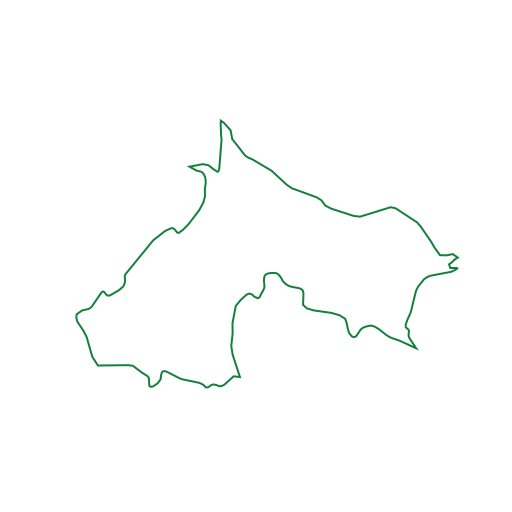 Koprivničko-Križevačka, Albers equal-area conic projection, rotated 341°
{"feature_id": "HRV-1608", "entity_name": "Koprivničko-Križevačka", "entity_type": "County", "adm_level": 1, "iso_a3": "HRV", "parent_name": "Croatia", "parent_adm1": "", "projection": "albers", "projection_center": [16.81, 46.118], "detail": "fine", "context": "isolated", "style": "outline", "palette": "green", "viewbox_px": 512, "rotation_deg": 341, "n_neighbors": 0, "source": "natural_earth", "source_scale": "10m", "svg_char_len": 2647}
<svg xmlns="http://www.w3.org/2000/svg" viewBox="0 0 512 512"><g transform="rotate(341 256 256)"><path d="M274.6,146.3L278.4,157.5L281.1,160.9L283.9,163.3L298.5,180.5L308.2,198.5L311.9,203.6L332.7,220.5L336.0,224.7L337.9,230.8L342.5,235.7L361.4,249.9L367.3,252.7L399.1,253.7L403.5,256.3L419.3,276.7L421.4,282.0L426.4,300.1L427.4,305.7L430.2,315.1L436.3,317.4L442.7,318.3L446.3,323.2L443.3,323.8L438.5,326.0L435.8,326.7L435.8,330.6L441.6,332.6L442.3,333.2L441.9,333.5L439.3,334.1L435.4,334.5L414.9,331.5L411.1,331.6L407.1,332.8L399.7,337.5L397.6,339.3L395.5,341.7L384.0,359.6L377.7,366.4L375.2,369.7L374.4,372.1L376.1,375.1L376.3,376.5L374.5,380.4L374.2,382.3L374.7,385.1L377.4,395.4L363.7,382.4L358.2,378.2L356.0,376.2L353.6,373.3L348.3,365.0L345.1,361.3L341.9,359.1L336.7,358.5L333.7,358.7L331.1,359.6L324.7,364.4L322.4,364.7L320.6,363.5L319.0,359.3L319.1,354.7L319.9,349.1L319.9,344.4L315.7,339.2L308.7,334.3L292.6,326.1L287.0,322.0L284.6,317.5L288.8,306.5L289.0,303.9L287.9,301.8L285.8,300.2L279.3,296.5L276.8,294.5L274.9,292.1L273.7,289.6L273.1,288.1L272.8,285.8L271.8,282.1L270.8,280.1L269.4,278.7L266.7,277.6L263.9,276.8L261.2,276.4L259.0,276.7L257.2,278.2L255.6,281.4L254.2,287.3L253.4,288.8L251.8,290.7L248.1,293.9L247.0,295.1L245.7,296.3L244.0,296.5L241.1,293.9L239.7,291.0L237.4,289.3L234.3,289.5L227.2,292.6L220.6,296.7L216.6,303.6L211.9,311.9L208.7,321.6L203.3,333.1L201.8,341.6L201.4,365.2L195.7,362.5L184.1,367.4L181.1,367.8L178.6,367.0L177.0,365.4L173.8,363.5L171.4,363.5L168.1,364.5L166.6,364.3L165.5,363.6L164.9,361.8L163.4,359.7L161.0,357.4L146.0,348.5L143.7,346.5L133.7,336.1L131.5,334.9L130.0,334.9L128.9,335.8L127.8,337.2L127.0,338.6L125.8,341.3L124.3,342.5L121.5,344.4L116.2,345.8L113.9,345.4L112.9,344.3L113.7,340.9L114.6,338.1L114.9,336.8L114.8,335.5L114.2,334.2L113.3,333.0L110.2,329.2L103.9,319.8L99.6,317.6L70.9,308.1L68.4,298.0L69.5,277.5L68.6,271.0L65.7,259.8L66.1,255.5L67.4,252.8L73.4,251.0L74.8,250.9L80.4,251.6L82.2,251.2L84.2,250.4L98.0,240.2L99.4,239.7L100.3,240.1L100.9,241.0L101.8,243.6L102.5,244.8L103.6,245.5L105.4,245.7L115.7,243.6L120.5,241.6L122.7,239.4L124.1,236.9L125.2,232.8L126.4,230.9L163.9,207.7L178.1,202.8L184.6,202.1L186.6,202.8L187.8,204.4L189.1,208.2L190.5,209.0L195.4,207.5L202.8,203.8L217.2,194.2L223.7,188.2L227.2,183.0L229.4,176.2L232.2,170.7L233.2,167.5L233.6,164.5L233.3,162.2L232.8,160.3L232.1,159.0L231.2,158.2L227.5,155.8L222.2,149.9L235.4,151.8L240.3,154.4L241.7,156.4L243.8,159.7L247.0,163.9L248.3,163.4L249.5,161.9L261.1,135.3L261.6,133.8L262.1,131.1L265.3,120.5L266.8,116.6L269.1,119.8L272.9,128.9L271.6,137.8L274.6,146.3Z" fill="none" stroke="#15803d" stroke-width="2"/></g></svg>